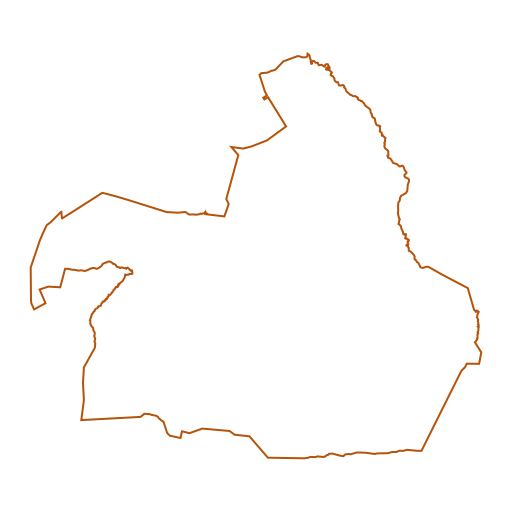 the district of Chisamba, Central, Zambia
{"feature_id": "96606910B82726316050571", "entity_name": "Chisamba", "entity_type": "district", "adm_level": 2, "iso_a3": "ZMB", "parent_name": "Zambia", "parent_adm1": "Central", "projection": "orthographic", "projection_center": [28.529, -14.773], "detail": "fine", "context": "isolated", "style": "outline", "palette": "amber", "viewbox_px": 512, "rotation_deg": 0, "n_neighbors": 0, "source": "geoboundaries", "source_scale": "gbopen_adm2", "svg_char_len": 5954}
<svg xmlns="http://www.w3.org/2000/svg" viewBox="0 0 512 512"><path d="M169.9,435.7L180.5,438.0L182.0,431.3L189.4,433.2L202.3,428.6L229.6,431.0L234.5,434.7L249.4,436.3L267.9,457.7L304.4,458.3L308.0,457.8L310.5,456.9L314.1,457.1L316.1,456.9L317.3,456.4L323.5,457.0L323.7,456.7L325.1,456.6L326.9,455.0L328.0,455.0L329.0,453.9L331.9,453.5L340.3,455.7L343.2,456.2L343.6,456.1L344.8,454.6L348.6,453.9L350.5,454.3L356.3,452.6L359.9,452.5L366.3,452.8L374.7,454.0L377.3,453.4L387.9,453.2L392.1,452.0L396.3,452.0L399.5,450.7L403.1,450.9L407.0,449.8L417.1,450.8L421.5,450.8L461.5,370.6L464.9,367.4L466.7,363.7L479.1,363.8L481.3,352.4L474.9,342.2L475.8,341.5L476.2,340.6L477.2,339.6L477.1,338.3L477.6,338.0L477.6,337.2L477.4,334.5L478.1,333.7L478.1,332.6L477.6,332.3L477.7,331.9L478.1,331.2L478.5,330.0L478.3,328.6L478.7,327.1L478.0,326.9L477.7,326.6L478.7,325.3L478.7,324.9L478.0,324.2L478.3,323.7L478.1,321.9L477.8,321.3L478.2,319.6L476.9,317.3L477.2,316.8L477.3,315.1L477.9,313.8L477.9,313.0L478.3,312.7L478.7,311.9L477.7,311.0L476.8,310.6L476.2,310.9L476.1,311.7L475.7,311.8L475.2,310.8L474.0,309.7L467.8,288.1L443.4,275.3L428.3,266.8L426.4,266.7L423.2,267.9L421.9,267.8L420.3,267.1L419.9,266.2L419.9,265.8L418.3,262.9L416.9,261.9L416.0,260.2L414.7,259.4L414.5,257.5L414.7,256.6L414.0,255.2L412.4,253.3L410.4,251.4L408.8,250.8L408.6,249.3L408.9,248.2L408.0,246.7L408.0,246.1L406.5,245.6L406.6,244.9L408.3,244.0L407.6,242.1L407.7,241.6L408.8,240.8L408.7,239.8L408.2,239.4L407.5,239.4L406.6,238.4L405.6,238.6L405.2,238.3L405.6,236.9L405.4,235.6L406.0,235.0L405.8,234.1L404.6,234.3L403.5,234.3L403.1,233.6L403.2,232.8L402.9,231.8L401.5,228.9L401.0,226.4L399.6,224.7L398.6,224.1L398.6,223.3L399.1,222.4L399.1,220.9L399.7,219.6L399.7,218.9L399.2,218.5L398.4,215.7L397.9,212.7L398.2,210.8L398.1,205.7L398.4,202.4L399.7,200.6L400.1,197.7L401.1,195.8L405.9,193.1L407.3,190.9L407.8,184.7L408.7,182.2L409.1,180.3L408.5,178.8L405.1,177.2L404.5,176.2L404.4,175.3L405.1,174.2L406.3,173.3L406.5,172.3L404.9,170.5L403.7,167.2L403.0,166.0L402.1,165.7L400.0,166.5L399.4,166.4L396.7,164.0L393.2,163.0L391.1,159.4L390.0,158.4L388.0,157.6L387.7,156.5L387.9,156.6L388.4,155.6L388.2,151.0L386.9,149.6L385.3,148.6L384.3,146.4L384.8,143.9L384.3,143.1L384.4,142.6L385.1,141.3L385.1,139.8L385.4,137.9L384.4,137.3L384.2,136.8L383.6,136.5L383.2,136.0L382.1,135.8L381.9,135.6L382.4,134.7L381.9,134.3L381.6,132.7L381.0,132.1L380.0,131.6L379.8,131.2L380.2,129.3L379.7,127.2L380.2,126.4L379.3,125.7L376.9,125.2L376.3,124.4L375.7,123.1L374.7,118.4L372.5,117.2L372.4,116.3L371.8,115.2L371.8,114.1L371.1,113.4L370.7,112.5L370.3,110.0L369.8,109.0L365.2,105.6L364.1,103.5L361.7,101.0L360.9,101.0L360.5,100.6L358.5,99.8L357.7,98.9L358.0,98.1L357.6,97.4L356.2,96.8L355.4,96.1L352.9,96.1L351.5,95.1L349.7,94.5L349.1,93.6L346.4,91.4L345.3,88.5L344.1,87.5L344.4,86.4L343.6,85.4L342.7,85.0L340.7,85.6L339.3,85.5L339.0,85.3L337.9,82.2L336.4,82.3L335.3,81.1L334.8,80.8L334.4,79.6L334.5,78.8L332.9,76.2L331.7,75.9L330.6,75.0L330.8,73.8L331.9,72.7L331.8,72.3L330.2,71.0L329.8,70.3L327.2,69.6L326.6,69.7L326.0,69.3L326.3,68.2L327.4,67.3L327.9,67.4L328.1,68.0L328.8,68.8L329.6,68.2L329.4,66.9L328.6,65.9L327.9,64.3L326.5,64.1L325.3,64.8L324.8,66.4L324.3,66.7L322.1,65.0L321.2,64.8L318.8,65.2L318.0,63.7L318.0,63.1L317.3,62.7L315.8,62.8L314.3,61.2L312.9,60.9L312.1,61.5L312.0,63.5L311.8,63.8L311.3,63.8L310.7,61.7L310.9,60.3L310.1,58.4L309.5,55.5L308.9,54.7L307.6,53.7L307.3,56.3L306.5,57.0L305.7,57.3L302.3,57.3L299.0,56.2L297.6,56.1L283.3,61.4L275.5,69.6L272.9,70.6L271.5,70.7L269.0,72.0L266.9,72.7L261.4,73.1L259.5,74.8L264.8,91.3L266.9,95.4L263.3,97.7L264.4,99.4L268.1,97.3L286.1,126.4L267.0,140.4L251.6,146.4L245.9,147.9L245.5,147.8L243.6,148.6L231.4,147.0L238.3,155.1L226.3,199.0L228.7,204.0L224.4,216.4L205.7,214.2L206.2,213.6L205.8,213.6L205.4,213.1L205.6,212.3L205.4,211.8L204.9,212.7L203.6,213.3L201.3,213.9L200.4,213.6L199.5,214.2L196.7,214.7L192.5,214.4L190.2,214.6L188.7,214.3L188.1,214.0L186.5,212.6L185.1,212.0L178.1,212.7L166.7,212.1L128.2,200.0L116.1,196.4L102.4,192.8L62.2,218.4L61.9,218.1L61.3,211.8L61.0,211.9L50.8,222.1L46.7,225.2L42.8,233.5L39.8,240.6L30.7,267.5L31.0,301.5L31.4,303.4L34.1,309.4L45.5,303.2L39.6,289.5L48.4,286.6L60.2,287.3L65.1,268.8L68.2,268.8L72.4,269.8L74.0,269.7L78.3,270.6L81.2,270.3L85.1,271.0L88.5,269.7L90.1,268.6L90.8,268.7L92.8,268.0L94.7,268.1L96.5,268.8L97.7,268.5L100.4,266.9L101.7,265.7L102.7,263.9L105.8,262.5L106.4,262.5L107.1,261.9L109.1,261.4L111.1,262.1L112.9,263.4L113.2,263.9L114.4,264.0L115.9,265.2L116.4,266.2L117.2,266.9L119.3,267.4L119.9,268.0L120.5,268.0L120.9,267.6L122.0,267.4L124.8,268.4L125.7,268.0L126.4,268.6L127.2,267.6L127.6,267.6L129.1,268.8L129.4,269.5L130.3,269.8L130.7,270.6L131.7,270.3L132.1,270.6L131.9,271.3L132.4,272.1L132.3,273.8L129.4,274.0L128.4,274.7L127.7,274.6L126.5,275.0L125.2,274.6L124.7,277.3L122.6,281.1L119.6,283.4L119.7,283.6L119.3,283.8L119.2,284.1L118.7,284.1L118.2,284.4L118.1,285.3L118.5,285.6L118.4,286.0L117.7,286.3L117.7,286.7L117.3,286.7L117.2,287.0L116.1,286.9L115.5,287.3L115.3,288.5L113.6,289.8L113.6,290.4L113.0,291.4L112.5,291.7L111.9,292.9L111.2,293.4L110.4,294.7L109.7,295.1L108.8,294.9L108.9,295.5L108.6,296.0L107.6,296.7L107.8,297.6L107.3,298.0L107.0,298.9L106.7,298.9L106.7,298.6L106.1,298.8L106.1,299.3L105.2,300.0L105.5,300.3L105.4,300.6L104.6,300.8L104.4,301.4L102.8,301.5L102.7,302.3L101.5,303.4L100.9,305.6L100.1,305.8L99.5,306.3L98.8,306.2L98.2,306.5L97.8,307.7L97.3,308.2L95.6,308.9L94.6,310.5L94.6,311.1L93.3,312.1L93.1,312.9L91.6,314.6L91.5,315.8L89.9,320.3L90.4,320.8L90.3,323.4L90.7,324.8L90.9,324.9L91.6,326.5L92.8,327.5L93.2,328.1L93.4,330.3L94.7,332.5L94.7,334.8L94.2,335.8L95.2,338.8L94.5,341.7L95.3,343.5L94.8,347.9L83.9,367.4L83.0,382.9L83.9,400.1L81.3,420.1L140.5,416.9L143.6,414.5L144.1,413.8L149.4,414.1L151.7,414.9L156.3,415.8L158.1,417.1L159.0,418.5L160.5,419.5L161.3,420.4L163.5,421.8L167.0,432.5L167.4,433.2L169.9,435.7Z" fill="none" stroke="#b45309" stroke-width="2"/></svg>